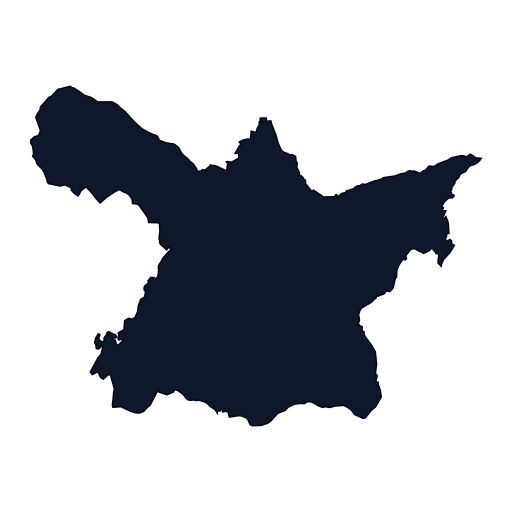 outline of Cristuru Secuiesc, Harghita, Romania
{"feature_id": "2599482B57378647357474", "entity_name": "Cristuru Secuiesc", "entity_type": "district", "adm_level": 2, "iso_a3": "ROU", "parent_name": "Romania", "parent_adm1": "Harghita", "projection": "mercator", "projection_center": [25.043, 46.281], "detail": "fine", "context": "isolated", "style": "filled", "palette": "ink", "viewbox_px": 512, "rotation_deg": 0, "n_neighbors": 0, "source": "geoboundaries", "source_scale": "gbopen_adm2", "svg_char_len": 6062}
<svg xmlns="http://www.w3.org/2000/svg" viewBox="0 0 512 512"><path d="M481.3,158.3L475.7,157.8L472.5,155.3L470.1,154.2L466.9,156.7L461.6,155.5L453.9,157.2L451.2,157.9L448.0,160.1L438.0,163.8L434.1,166.5L428.9,166.1L425.7,170.1L423.7,170.7L420.1,173.3L414.2,171.0L412.3,171.4L411.1,170.8L408.6,171.0L407.3,171.6L405.9,172.9L400.6,173.8L394.9,176.0L383.6,177.6L382.5,178.2L382.2,178.7L377.1,180.5L375.2,180.7L369.7,182.7L367.1,184.0L366.0,184.0L365.0,184.6L362.6,183.9L359.6,185.8L357.4,185.9L354.9,187.4L353.7,188.6L347.8,190.6L346.8,190.7L345.2,192.6L341.1,193.7L339.5,195.9L338.7,196.4L336.4,194.7L335.6,194.9L334.5,196.7L323.2,197.0L322.4,196.1L313.5,190.1L312.1,191.5L311.5,191.1L305.6,183.5L305.4,180.2L303.8,179.2L303.3,177.9L302.1,176.5L299.4,174.9L299.4,172.7L296.8,167.3L297.2,162.9L296.1,161.2L295.6,156.3L292.2,154.7L289.4,154.8L287.7,153.6L283.7,152.2L282.2,151.1L280.7,148.9L278.1,142.9L275.9,134.8L271.6,124.0L270.8,120.8L266.7,121.4L266.3,118.0L260.3,118.1L260.1,120.8L261.6,120.8L261.8,122.3L259.2,122.0L259.3,124.6L257.1,128.7L256.3,131.7L255.4,132.3L251.2,131.2L250.4,139.2L247.4,139.1L243.0,140.0L239.2,142.0L241.3,144.4L239.7,145.4L235.1,153.3L235.7,153.6L237.7,153.1L238.7,154.0L238.7,155.7L239.1,156.1L238.3,158.4L231.4,162.2L227.5,161.5L226.5,161.7L227.8,164.0L227.1,166.6L227.2,168.3L226.3,170.7L215.5,165.7L210.2,165.1L209.6,166.2L204.6,170.5L203.2,169.6L202.4,169.7L201.1,170.9L197.8,171.5L196.5,168.8L193.5,164.1L189.8,161.2L188.7,159.6L182.8,154.5L181.6,153.1L178.9,147.8L177.3,146.4L174.1,144.1L165.5,142.7L160.0,140.5L159.2,139.8L157.4,136.3L155.7,135.3L151.8,133.9L147.1,131.6L141.5,128.4L134.2,121.7L124.9,111.4L120.2,107.7L116.9,104.5L112.1,101.9L97.7,101.9L91.6,97.6L84.3,95.2L78.1,90.7L73.5,87.8L72.2,87.8L70.2,86.3L57.9,89.4L51.4,96.3L48.9,97.3L40.4,107.1L40.0,110.1L38.0,112.7L35.8,117.3L40.5,130.7L38.4,135.6L34.3,136.8L30.7,140.2L30.7,143.0L32.3,145.5L33.1,149.5L33.5,153.3L33.3,154.8L32.6,156.1L35.9,160.1L36.7,163.2L37.6,164.6L41.6,168.6L43.7,171.5L46.7,179.0L47.4,182.2L48.5,183.6L60.1,186.0L65.1,184.9L70.5,187.4L71.5,188.7L71.3,190.2L73.6,192.7L77.8,196.0L79.0,194.7L80.8,191.1L82.8,189.2L86.2,187.0L92.7,194.0L96.4,199.0L100.1,203.0L106.6,197.3L114.3,192.1L118.8,189.7L119.3,189.5L123.3,191.9L125.2,192.5L127.3,193.6L129.5,195.5L132.0,198.9L132.6,203.5L137.8,204.2L139.8,206.3L147.8,217.8L148.7,222.5L158.5,222.8L159.4,223.9L159.9,230.6L159.0,238.7L159.7,240.8L159.7,242.4L160.1,244.0L166.6,249.8L168.9,247.2L171.3,249.2L167.9,252.4L164.1,256.7L162.1,259.4L162.2,259.7L158.6,265.5L158.3,267.6L158.6,269.5L158.3,273.5L158.0,275.7L157.1,277.6L156.4,278.1L155.9,279.2L155.4,279.1L154.2,277.6L150.8,277.4L148.0,280.7L148.5,282.9L144.9,285.8L144.2,287.0L144.0,289.6L145.1,291.1L145.5,292.7L145.0,294.1L144.8,296.1L143.7,297.8L141.6,298.6L140.4,299.7L140.0,301.7L138.3,305.6L137.6,311.6L135.2,317.1L132.5,319.2L128.7,318.3L126.3,319.5L124.6,320.9L124.0,329.7L118.4,332.6L118.2,333.5L119.0,334.6L117.9,337.6L118.1,339.1L119.2,340.1L121.3,339.3L122.4,339.5L122.7,340.5L122.3,341.3L118.4,344.9L117.5,345.3L116.5,344.7L115.2,340.2L113.8,339.9L113.2,339.3L113.6,338.4L114.6,337.9L115.9,337.8L116.3,337.1L116.2,335.8L115.2,334.5L113.1,334.1L109.6,331.9L108.3,331.8L107.1,332.7L106.6,333.8L106.5,335.0L104.4,337.3L104.0,338.9L104.2,340.7L103.4,341.6L101.8,341.7L99.0,339.9L99.0,337.1L100.0,335.0L99.1,334.0L98.2,333.9L95.8,337.9L94.7,342.5L95.1,343.7L95.9,344.5L96.1,348.0L96.9,348.8L98.3,348.9L99.7,348.3L100.7,346.0L101.5,345.5L102.2,346.9L102.4,348.9L101.0,354.4L98.3,357.3L90.3,372.0L92.3,374.6L97.8,371.7L100.6,377.5L103.3,379.1L108.5,374.5L110.5,375.2L114.4,388.9L113.6,392.3L113.3,397.2L112.4,404.8L112.9,407.3L120.9,406.7L130.0,411.0L135.9,412.9L139.0,413.0L141.8,412.3L144.3,410.8L146.8,407.9L150.2,405.1L157.2,391.4L167.0,394.8L173.2,392.1L174.7,389.9L175.3,389.8L177.7,390.4L182.4,393.8L184.4,395.9L185.5,397.6L188.0,399.9L191.7,400.4L193.6,399.7L195.2,400.5L199.6,400.3L204.9,402.0L207.6,403.7L210.4,406.6L215.1,409.7L217.3,413.0L217.3,411.3L218.3,410.9L220.2,411.0L221.5,408.7L222.5,410.0L222.5,411.3L222.9,412.0L225.2,411.2L227.9,412.0L228.4,412.7L229.2,416.8L229.4,417.1L238.4,415.7L241.7,416.0L246.0,417.8L247.7,419.3L250.0,424.5L252.1,425.7L261.1,425.4L267.7,423.2L270.5,421.3L277.2,413.9L278.9,412.8L285.0,410.5L288.4,407.0L294.7,404.1L300.8,403.4L304.2,403.7L307.6,401.7L312.0,402.1L319.0,406.1L322.8,407.5L325.1,406.7L330.1,407.5L334.7,406.0L343.9,405.4L347.9,407.5L350.5,409.5L352.4,411.2L353.7,413.5L354.6,414.5L362.8,418.3L365.4,417.8L371.0,410.6L375.6,406.8L381.3,397.0L380.2,389.9L378.1,384.4L378.1,382.1L375.6,382.6L377.2,375.7L375.4,373.5L376.6,364.0L375.3,351.7L371.0,344.4L365.1,336.7L363.8,332.9L364.3,332.5L364.3,332.0L363.3,331.7L361.9,329.6L362.3,327.0L361.7,326.4L359.1,325.7L359.4,325.0L357.8,323.9L357.5,323.1L358.8,322.7L358.7,321.9L359.3,321.2L359.5,320.1L358.5,313.7L359.2,313.1L360.0,310.2L361.5,308.1L371.7,302.0L374.3,299.3L376.2,297.8L376.5,296.1L378.0,296.3L379.8,295.3L383.5,294.2L384.8,293.2L386.2,290.7L389.4,291.6L390.7,290.7L393.2,287.9L395.0,279.5L395.6,278.0L396.5,277.2L396.8,271.1L397.2,269.3L398.7,265.6L402.4,259.8L403.5,259.4L405.4,259.9L406.4,258.8L406.5,258.1L405.8,256.6L406.0,255.5L410.4,249.7L412.1,248.9L415.0,248.8L418.7,251.0L421.8,252.2L423.3,253.5L429.2,250.7L431.9,248.0L433.0,248.9L433.4,250.2L434.7,251.2L436.1,253.6L437.2,253.3L438.9,254.8L438.0,260.9L438.1,263.2L441.1,266.3L441.9,263.1L443.6,259.5L450.0,252.5L454.4,245.3L452.2,244.0L451.2,244.2L451.1,243.2L451.8,241.7L451.3,240.6L449.9,239.5L446.3,241.5L445.9,240.6L445.6,238.1L445.8,237.1L446.6,236.5L446.4,234.3L448.1,233.3L448.9,233.4L448.4,224.4L447.8,221.2L445.9,216.6L443.6,219.2L442.5,218.5L445.8,210.8L442.0,210.5L443.5,207.7L442.1,206.6L442.1,205.5L444.7,201.6L448.0,198.6L448.6,198.1L452.2,197.8L453.7,196.8L454.1,195.5L453.9,195.0L451.8,194.9L451.8,193.9L450.7,191.1L451.9,189.4L451.6,187.7L454.9,183.2L454.8,181.9L455.7,180.3L458.8,177.5L460.1,174.2L465.6,171.5L468.6,167.0L470.0,165.8L474.3,164.5L477.2,162.9L479.6,160.6L481.3,158.3Z" fill="#0f172a" stroke="#020617" stroke-width="1.5"/></svg>